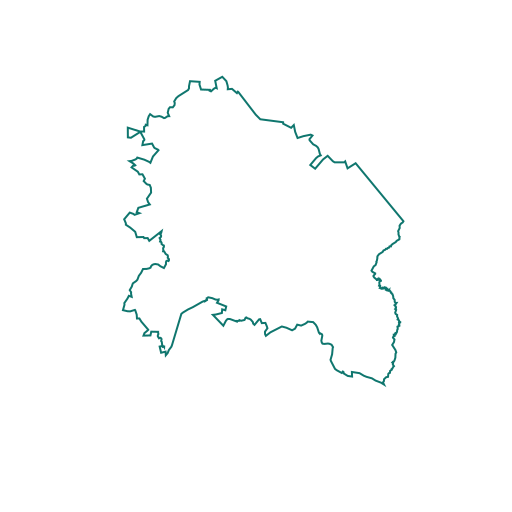 the district of Galeras, Sucre, Colombia, rotated 40°
{"feature_id": "7082276B66426156140474", "entity_name": "Galeras", "entity_type": "district", "adm_level": 2, "iso_a3": "COL", "parent_name": "Colombia", "parent_adm1": "Sucre", "projection": "mercator", "projection_center": [-74.96, 9.119], "detail": "fine", "context": "isolated", "style": "outline", "palette": "teal", "viewbox_px": 512, "rotation_deg": 40, "n_neighbors": 0, "source": "geoboundaries", "source_scale": "gbopen_adm2", "svg_char_len": 6124}
<svg xmlns="http://www.w3.org/2000/svg" viewBox="0 0 512 512"><g transform="rotate(40 256 256)"><path d="M346.6,134.6L272.7,120.9L269.8,130.0L263.5,126.2L263.4,127.5L256.0,133.7L254.0,134.0L246.5,133.2L245.3,138.9L245.2,151.1L239.1,151.4L239.1,142.3L239.6,139.7L240.9,137.3L239.4,136.8L235.2,133.8L233.5,133.1L231.3,133.0L228.0,133.7L222.7,132.9L221.9,132.2L221.8,127.4L219.9,127.9L215.3,133.7L212.0,138.9L206.2,135.7L200.8,131.4L200.5,135.2L191.8,137.2L190.8,136.1L171.4,148.5L164.9,147.9L137.3,141.8L136.5,141.8L136.7,143.5L130.2,143.4L127.2,146.4L126.2,145.0L124.6,143.6L120.9,141.1L115.0,140.4L112.1,148.0L118.0,152.7L116.9,153.0L116.2,155.0L115.7,158.8L114.2,159.2L113.8,158.4L106.9,163.8L102.5,161.0L100.9,158.8L93.1,164.5L95.6,169.1L96.9,170.6L97.3,172.5L93.8,183.5L93.4,186.3L94.0,190.2L95.4,191.0L96.6,192.8L96.7,195.6L94.5,197.3L94.5,199.4L96.3,203.0L99.6,204.7L98.4,205.8L97.6,208.6L96.9,209.5L94.1,210.0L91.9,211.0L89.2,214.3L87.6,215.2L83.7,215.4L84.0,217.9L85.4,221.3L88.8,225.6L87.2,226.3L87.8,227.2L87.3,229.1L90.3,232.6L87.3,235.1L75.3,240.1L81.6,247.5L84.2,245.8L87.4,235.8L88.7,235.7L95.5,238.4L96.0,239.3L95.7,240.5L97.7,244.1L104.1,236.7L108.3,238.4L109.2,238.4L112.7,237.5L113.3,237.6L113.1,246.0L115.2,252.5L113.6,252.6L108.5,254.0L101.8,256.9L102.0,258.1L101.6,259.5L99.6,263.1L98.2,264.6L102.4,264.0L105.2,264.1L105.0,264.8L103.8,265.8L103.7,268.1L111.3,267.4L114.2,268.5L116.5,266.4L117.1,266.6L121.2,268.2L121.8,270.8L125.8,271.2L126.9,271.0L128.9,269.9L131.6,271.3L134.9,274.9L135.6,282.2L138.7,284.1L141.5,284.8L134.9,294.7L136.5,299.1L139.1,298.2L136.5,302.5L134.9,302.6L131.4,303.9L131.4,312.6L135.3,314.6L136.2,315.7L141.3,315.1L147.9,315.1L152.6,318.2L157.6,313.8L158.9,314.2L161.5,311.9L164.5,313.0L167.7,297.6L168.5,299.2L168.7,301.0L170.0,301.2L170.9,302.3L170.6,304.2L172.6,305.1L173.2,306.6L174.2,306.2L175.1,306.5L175.9,307.5L177.8,307.5L178.7,307.2L179.6,308.2L179.8,309.7L181.4,311.3L181.8,312.1L182.7,311.5L185.5,312.5L187.8,312.2L188.7,312.8L189.5,314.1L191.2,314.3L192.0,315.1L192.2,316.1L191.0,316.5L190.6,317.7L191.2,318.9L192.3,320.1L193.2,324.4L189.3,325.3L186.5,325.4L184.1,326.8L183.1,327.9L182.3,329.4L182.2,331.3L182.7,332.7L182.1,334.1L180.5,336.2L177.8,338.6L178.8,342.7L179.0,346.5L180.4,350.4L180.3,352.3L179.3,355.9L179.5,356.9L180.5,359.2L181.2,363.3L183.6,364.0L184.5,365.2L187.0,367.2L184.2,368.2L184.9,371.3L185.4,376.7L186.6,377.9L188.9,383.0L193.1,380.9L195.2,379.3L197.9,375.1L198.4,375.2L202.3,377.6L205.0,380.4L206.8,378.8L210.4,380.0L220.6,381.7L220.9,381.8L220.8,383.0L220.1,386.8L221.0,389.3L226.2,384.7L224.4,381.3L229.5,377.2L229.6,377.6L230.3,377.6L231.4,378.5L231.8,379.9L232.5,380.7L234.6,381.4L235.0,380.3L236.2,380.0L237.1,380.4L238.0,382.1L239.1,382.4L241.1,384.3L242.7,384.9L243.8,384.3L244.1,384.7L243.8,384.6L243.1,385.6L241.8,385.5L240.4,387.3L245.5,391.1L248.2,387.4L250.7,390.0L250.7,387.1L249.7,384.1L249.5,379.9L248.9,378.2L236.0,348.3L236.4,346.2L238.3,340.6L240.5,335.8L244.4,325.3L245.3,323.7L245.8,323.9L246.3,322.9L246.3,322.1L246.6,321.6L246.2,321.4L246.5,320.9L245.4,320.1L246.0,318.6L245.3,318.7L249.6,316.4L252.9,315.4L254.5,314.4L255.3,313.3L255.8,314.0L256.2,316.9L265.6,313.8L267.4,317.3L264.4,318.6L266.5,321.6L262.8,326.7L260.8,328.8L275.8,330.4L274.6,325.0L274.6,323.1L274.9,322.3L276.6,321.0L283.3,318.6L282.9,318.2L284.7,316.6L284.5,315.8L286.2,315.2L288.3,312.4L287.7,309.9L288.2,309.2L289.2,309.3L291.5,308.3L292.9,308.1L296.0,308.6L297.3,309.6L299.1,309.7L299.1,302.5L299.8,301.7L303.6,303.7L306.2,301.2L309.3,302.8L311.2,304.0L311.5,308.1L311.9,308.7L313.3,310.1L314.9,310.8L316.1,305.2L321.1,293.4L325.4,291.4L331.4,289.7L332.6,286.6L331.7,282.1L335.3,280.3L337.1,276.6L337.7,274.6L337.8,273.0L342.3,269.9L346.0,270.3L348.7,271.3L353.5,274.3L354.7,274.5L354.6,274.0L357.0,273.6L358.0,274.4L360.5,278.9L362.0,280.0L363.3,280.4L364.9,279.4L367.4,276.8L368.8,276.0L370.9,275.4L373.6,276.3L373.9,277.2L377.5,282.4L379.8,287.6L380.9,288.3L389.1,291.7L391.3,291.6L396.8,290.5L396.8,288.7L397.8,288.7L398.6,289.6L403.4,288.9L407.1,286.6L404.0,283.2L410.6,279.2L415.6,278.4L418.4,277.5L423.4,275.2L427.6,274.6L433.1,272.7L436.7,272.2L434.5,271.2L434.4,269.6L433.3,268.1L433.6,265.2L434.8,263.7L433.1,261.2L433.1,260.4L433.7,259.4L432.6,257.8L433.1,255.8L432.6,255.5L432.8,254.5L432.4,252.9L432.5,251.7L430.6,251.2L429.8,249.8L428.9,250.0L428.9,248.9L429.4,248.2L429.3,247.2L428.1,244.3L425.7,241.2L425.4,239.7L423.2,238.4L417.5,236.6L417.0,233.2L415.7,230.9L413.4,230.5L413.0,229.4L413.5,228.2L412.4,228.0L412.1,227.7L413.4,226.4L413.3,226.1L412.6,226.1L412.3,225.8L412.4,225.2L413.1,225.0L412.8,223.5L411.7,221.9L411.5,220.8L409.8,219.2L410.4,218.3L410.0,217.7L410.6,217.2L410.2,216.7L409.5,216.5L409.3,215.9L408.5,215.3L409.2,214.2L409.0,213.9L407.7,214.2L407.3,213.6L406.4,213.3L405.3,213.6L405.0,212.5L402.9,211.6L402.0,210.4L400.2,210.6L399.1,210.0L398.0,207.2L396.7,207.2L396.8,206.1L396.1,205.1L395.4,205.2L395.0,204.7L393.7,204.6L394.0,203.2L393.8,201.6L393.0,202.3L391.7,201.9L390.3,200.4L388.4,200.1L387.0,198.7L385.1,197.5L384.3,197.6L383.2,197.0L382.8,197.4L381.4,196.6L380.2,196.9L380.0,196.6L380.0,197.4L379.4,197.7L378.4,196.9L377.8,197.5L377.9,198.3L377.3,198.4L377.1,197.2L376.5,197.7L376.0,197.3L375.4,198.0L375.5,196.9L374.6,197.3L374.6,197.9L373.5,198.7L373.9,199.3L373.5,199.8L372.6,200.0L372.8,200.5L371.5,200.9L371.5,200.1L371.0,199.7L370.3,199.7L370.1,199.1L369.3,199.5L369.0,198.5L367.5,197.1L367.2,196.4L367.3,195.4L367.7,194.8L367.5,194.5L365.5,194.1L365.6,195.2L365.0,195.5L364.3,195.1L364.5,196.2L364.2,196.5L363.8,195.8L363.4,196.5L360.5,196.5L359.1,196.1L358.7,195.6L358.8,193.1L358.5,192.7L355.2,193.3L353.9,193.0L352.9,188.3L353.4,186.0L352.4,183.3L351.9,183.1L351.6,181.9L350.2,179.4L349.6,178.9L349.2,178.0L349.1,175.5L350.4,171.5L350.1,169.8L351.0,168.1L350.9,167.0L351.8,166.3L351.7,165.3L352.5,164.2L352.1,162.8L353.2,161.9L352.7,160.9L352.9,159.1L354.1,155.5L354.0,154.0L355.1,151.1L354.9,150.6L354.3,150.2L353.7,148.9L353.0,148.9L351.2,147.8L350.1,146.4L348.9,145.6L348.1,142.2L346.5,140.5L346.2,138.1L346.8,136.0L346.6,134.6Z" fill="none" stroke="#0f766e" stroke-width="2"/></g></svg>